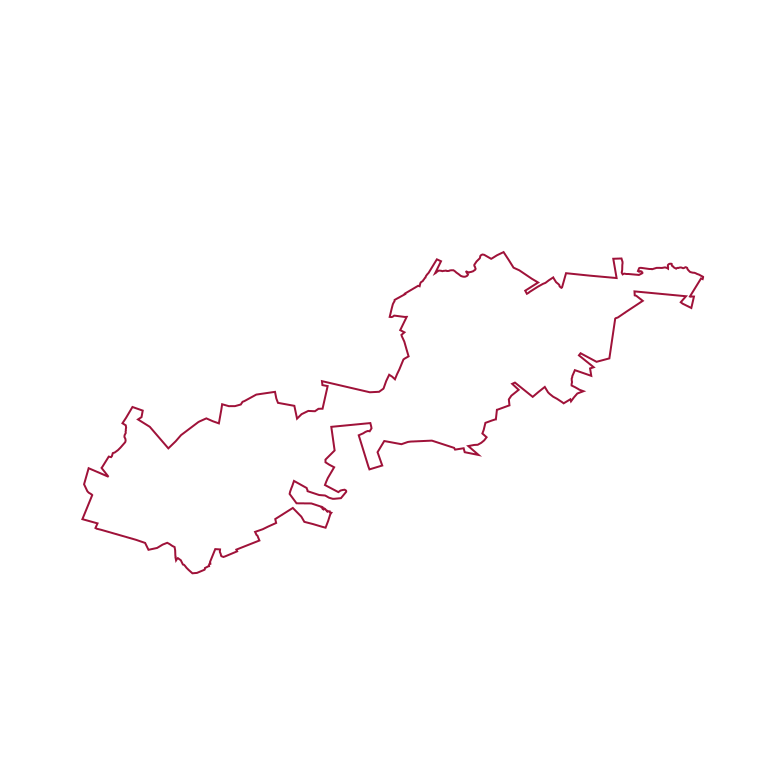 La Independencia, Chiapas, Mexico (orthographic projection), rotated 328°
{"feature_id": "50627088B70315927175396", "entity_name": "La Independencia", "entity_type": "district", "adm_level": 2, "iso_a3": "MEX", "parent_name": "Mexico", "parent_adm1": "Chiapas", "projection": "orthographic", "projection_center": [-91.79, 16.214], "detail": "fine", "context": "isolated", "style": "outline", "palette": "rose", "viewbox_px": 768, "rotation_deg": 328, "n_neighbors": 0, "source": "geoboundaries", "source_scale": "gbopen_adm2", "svg_char_len": 6114}
<svg xmlns="http://www.w3.org/2000/svg" viewBox="0 0 768 768"><g transform="rotate(328 384 384)"><path d="M693.2,474.1L691.9,473.2L690.2,472.4L689.8,471.9L708.8,462.5L709.8,463.9L711.0,462.8L711.4,462.2L709.7,459.3L709.4,458.6L707.7,456.4L707.0,455.2L706.1,454.1L704.8,453.2L703.1,451.4L702.8,450.7L702.3,448.1L702.3,447.2L702.6,446.2L702.2,445.4L701.7,444.8L700.7,444.6L699.8,444.6L699.0,444.3L697.9,442.8L697.2,442.3L696.1,441.8L695.1,441.6L694.5,441.1L694.0,440.9L692.9,441.0L691.7,439.0L691.5,438.1L691.5,437.5L691.1,437.1L690.9,436.1L691.6,434.6L691.3,434.2L689.9,433.4L688.8,433.3L687.8,433.6L687.2,434.4L686.8,435.5L686.0,436.7L685.4,435.5L684.1,434.0L681.3,432.9L676.8,430.0L672.1,428.7L671.8,428.2L670.1,427.2L663.9,422.0L662.7,421.2L661.7,421.0L659.2,422.8L659.7,423.8L660.1,424.1L660.6,424.2L660.9,424.0L661.5,424.4L662.0,425.1L661.8,425.4L662.2,426.3L662.0,426.8L661.6,426.9L658.0,426.6L649.8,420.4L647.9,419.2L646.1,417.6L644.5,417.5L644.6,415.6L644.9,415.1L645.4,414.7L646.5,413.4L649.2,409.3L650.3,408.0L651.0,406.8L651.9,403.4L644.8,399.3L637.4,417.4L615.6,400.9L597.1,386.5L586.2,396.4L585.3,396.4L584.8,394.8L584.7,394.1L585.1,393.0L584.9,391.8L583.9,388.9L583.9,384.4L584.0,383.3L578.8,383.4L574.5,383.8L571.8,383.3L565.6,383.0L555.7,383.1L555.1,383.3L553.0,383.2L553.2,379.7L568.5,379.6L565.1,373.0L559.0,359.3L555.5,354.0L555.5,345.1L555.3,335.5L548.0,334.7L542.3,334.7L541.2,334.6L537.4,327.5L536.4,326.6L536.0,326.3L534.4,326.2L533.5,326.5L532.2,327.9L531.6,328.2L527.5,329.1L523.9,330.7L523.5,331.1L523.2,331.9L523.2,333.2L522.9,333.8L522.8,334.7L522.3,335.2L522.0,335.4L520.9,335.5L520.0,335.5L519.3,335.6L516.9,335.0L516.2,334.6L515.5,334.6L515.1,334.4L513.5,332.3L513.2,332.4L513.2,335.7L512.5,336.1L511.7,336.3L510.0,336.1L509.3,335.8L508.5,335.3L507.5,334.4L506.4,333.0L505.5,330.4L504.4,327.8L503.9,326.0L503.2,324.4L501.5,323.3L500.0,322.6L499.0,322.5L497.3,321.6L496.6,320.6L495.9,320.4L494.9,319.8L493.2,319.2L492.6,318.4L490.8,317.0L490.1,316.8L489.3,316.9L488.6,316.8L487.0,317.2L486.0,317.2L497.4,310.1L494.9,306.3L480.7,313.4L478.8,313.9L477.0,314.6L476.2,315.1L475.6,315.7L474.9,315.7L473.2,316.5L472.6,316.6L471.8,317.1L471.3,317.2L469.2,317.3L468.2,317.8L466.0,320.0L465.0,318.8L449.6,318.4L449.6,319.0L437.6,318.3L436.6,319.5L435.8,319.8L433.8,321.0L430.3,324.3L424.4,330.1L425.6,331.1L426.8,331.5L427.9,331.5L428.9,331.4L437.1,338.1L438.8,339.1L426.3,346.9L428.7,351.0L424.8,351.6L424.4,353.1L423.7,358.8L421.5,366.4L419.5,373.6L415.4,373.4L413.5,373.5L404.7,379.8L400.1,382.7L395.8,385.8L394.8,382.1L393.3,378.9L387.5,382.6L381.2,387.6L380.9,387.7L380.3,387.7L375.7,388.0L367.6,383.5L332.9,348.7L331.2,352.3L335.1,355.9L318.8,372.4L315.3,370.3L311.0,370.5L305.5,366.7L298.1,365.9L291.9,367.3L296.4,355.0L284.1,343.8L285.0,339.2L287.4,332.9L270.1,325.3L256.4,324.5L255.0,324.2L254.5,324.2L251.7,325.5L245.9,323.8L240.7,320.6L236.0,315.4L232.4,319.6L223.1,329.9L219.2,325.0L215.1,319.0L207.8,318.0L206.4,317.9L184.8,319.8L176.9,322.2L167.0,324.3L162.7,296.2L156.6,283.7L160.8,283.6L165.3,278.7L158.5,270.2L147.3,276.0L141.4,278.7L143.1,282.2L142.2,284.3L141.0,285.6L140.5,286.6L139.8,287.2L139.0,288.7L137.1,289.8L136.4,290.5L135.8,291.4L135.6,293.5L135.3,294.2L134.8,295.2L133.7,296.2L126.8,298.3L123.3,299.1L119.3,299.4L117.4,298.9L115.0,301.0L113.8,301.4L112.1,299.7L101.3,305.0L100.0,305.5L101.2,316.7L88.9,298.9L76.5,310.1L75.6,317.8L76.0,319.7L77.2,322.0L77.3,322.5L77.6,322.9L77.7,323.6L56.6,338.8L67.2,350.4L63.0,353.2L63.7,354.5L66.9,357.8L91.1,384.7L97.2,392.2L96.4,399.8L104.7,402.8L111.2,402.9L116.0,403.8L117.3,406.0L118.7,409.2L120.0,411.3L118.8,414.3L116.1,419.0L115.8,420.0L115.4,420.2L114.2,423.4L116.1,422.5L116.5,422.3L116.9,422.4L118.3,425.8L117.8,430.5L118.6,431.4L118.9,433.0L119.1,435.2L119.8,438.2L121.2,443.0L125.3,445.1L133.4,446.4L133.9,446.1L134.6,445.2L138.1,445.5L138.6,445.5L139.0,445.7L139.1,445.2L139.3,445.0L139.7,444.9L140.2,444.3L140.9,444.4L141.0,444.2L141.5,444.4L141.9,443.5L141.7,443.3L142.2,442.7L153.4,434.6L157.3,437.4L155.8,439.4L155.5,441.5L154.9,443.1L154.9,443.9L156.2,445.6L157.9,446.0L170.8,448.1L171.0,446.2L195.4,450.7L196.3,445.5L195.9,444.4L196.3,441.1L204.2,442.9L210.1,443.5L218.9,444.7L220.2,440.9L241.0,440.8L243.6,452.7L243.4,458.7L249.5,465.1L255.6,472.0L258.3,474.9L264.0,470.6L269.3,466.1L271.1,465.3L270.1,464.3L270.5,463.3L269.0,462.1L268.5,462.4L268.2,461.9L268.8,461.6L267.9,459.9L267.9,458.9L267.5,458.1L267.0,458.3L266.8,458.0L266.2,458.3L265.9,457.7L266.6,457.3L266.7,456.3L266.3,455.5L265.7,455.8L265.6,455.5L266.1,455.2L259.1,446.8L246.6,438.8L245.7,427.2L247.4,425.5L250.3,423.2L252.0,422.0L256.3,418.5L263.3,431.2L263.0,432.2L263.0,432.9L262.4,434.4L270.2,443.8L274.9,447.3L275.8,448.8L277.0,451.1L277.9,452.2L279.8,454.3L280.8,454.9L287.0,458.0L294.8,455.4L295.2,454.8L295.3,454.2L294.6,452.8L292.8,452.0L290.6,451.3L288.0,451.5L280.4,438.4L283.3,436.2L286.5,434.0L297.6,428.2L294.8,423.4L292.9,419.4L294.3,417.1L306.9,414.2L316.6,392.4L351.7,409.9L350.5,413.6L349.9,415.0L346.8,416.5L346.2,415.9L345.2,415.2L342.9,414.8L340.1,414.8L335.4,414.1L327.0,445.8L326.4,448.7L339.3,452.2L342.4,438.4L354.0,432.5L366.9,444.3L373.5,445.8L376.0,446.9L394.6,457.4L409.6,475.3L409.5,477.3L417.5,480.7L416.3,484.6L426.6,494.3L422.6,481.3L428.2,483.5L431.3,485.2L435.4,485.4L439.1,484.9L442.8,483.5L441.2,478.1L444.2,475.8L449.4,470.7L456.0,472.1L459.6,473.0L460.1,473.3L466.1,465.7L467.0,466.0L476.9,468.1L479.1,468.6L481.7,463.2L485.8,461.4L495.1,460.3L492.8,451.8L495.8,452.2L503.3,473.7L510.9,472.6L518.8,471.7L518.7,478.0L519.2,480.1L520.7,484.4L522.9,488.3L525.6,494.2L526.1,495.6L533.9,495.7L533.4,497.8L538.0,496.0L542.9,494.5L549.3,495.8L546.6,492.3L546.2,491.4L544.3,487.9L542.3,484.7L542.6,484.1L543.3,483.2L544.5,482.0L545.0,480.7L546.1,478.8L547.0,478.2L548.0,477.0L551.1,474.9L553.2,473.4L564.1,486.9L567.0,480.0L570.7,480.9L564.5,463.0L567.0,462.1L576.0,477.8L588.7,481.7L614.7,451.1L615.5,451.0L617.4,451.5L618.0,451.5L627.9,451.1L647.5,450.6L644.7,442.9L643.6,441.7L645.5,438.2L686.6,469.6L679.0,471.9L679.8,474.1L684.9,482.4L693.2,474.1Z" fill="none" stroke="#9f1239" stroke-width="2"/></g></svg>